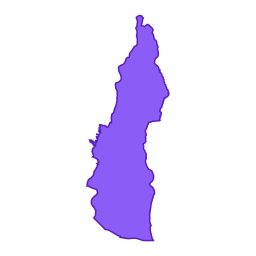 Danciulesti, Gorj, Romania (Albers equal-area conic projection)
{"feature_id": "2599482B88989600544516", "entity_name": "Danciulesti", "entity_type": "district", "adm_level": 2, "iso_a3": "ROU", "parent_name": "Romania", "parent_adm1": "Gorj", "projection": "albers", "projection_center": [23.758, 44.793], "detail": "fine", "context": "isolated", "style": "filled", "palette": "violet", "viewbox_px": 256, "rotation_deg": 0, "n_neighbors": 0, "source": "geoboundaries", "source_scale": "gbopen_adm2", "svg_char_len": 5732}
<svg xmlns="http://www.w3.org/2000/svg" viewBox="0 0 256 256"><path d="M151.9,200.8L152.1,200.8L152.5,198.9L153.1,197.3L153.1,196.4L153.4,195.6L153.7,195.0L154.5,194.0L154.6,192.6L154.3,191.4L154.1,190.0L153.1,187.9L152.1,186.9L150.7,185.8L149.6,184.3L149.6,183.9L149.6,183.7L149.9,183.5L150.8,182.2L151.7,181.8L151.9,181.4L152.6,180.7L152.9,179.8L153.3,179.1L153.7,175.9L152.1,171.4L151.7,171.0L150.4,170.1L149.0,169.4L147.8,168.0L146.6,165.6L145.7,163.1L145.7,162.6L145.4,161.3L145.4,160.5L146.0,159.4L146.3,157.5L146.1,155.7L146.2,153.9L144.7,151.0L144.7,150.4L144.0,149.8L143.4,148.3L143.8,146.7L143.2,144.2L143.4,143.8L144.5,143.1L145.0,142.6L145.8,141.3L145.9,140.9L145.5,139.6L145.8,138.8L145.3,136.7L146.2,135.3L146.3,134.6L145.9,133.6L145.8,132.8L145.3,131.9L145.2,131.0L147.1,127.2L147.1,126.3L147.3,125.7L148.0,124.7L148.9,122.4L150.4,122.4L151.4,121.7L153.1,121.2L154.9,121.2L158.0,120.7L158.2,120.9L159.4,120.8L160.0,120.3L160.1,120.2L159.7,119.8L159.5,119.1L160.1,118.0L160.2,116.8L160.0,116.2L160.6,116.2L160.7,115.6L161.0,115.0L161.3,113.5L161.3,112.4L160.8,112.0L159.8,111.6L159.7,111.4L159.7,111.0L160.2,110.0L160.3,108.6L160.6,108.2L161.4,107.7L161.7,107.4L161.7,105.9L162.0,105.7L162.3,104.5L162.8,103.9L163.1,103.2L163.0,102.5L163.3,101.6L163.3,101.1L163.5,100.6L164.0,100.0L164.0,99.2L164.1,98.5L164.4,98.2L165.0,98.2L165.4,97.7L167.2,96.7L168.4,95.4L168.9,94.2L168.3,93.8L168.8,92.9L168.7,92.5L168.3,92.1L168.3,91.5L168.0,90.4L167.0,89.0L166.4,87.1L165.7,85.8L165.6,84.8L164.8,84.2L164.6,82.8L163.9,81.5L163.8,80.6L163.9,79.6L163.2,78.6L163.2,77.3L161.9,75.5L161.8,74.4L161.3,73.6L160.9,73.2L160.5,72.1L160.2,72.0L160.2,72.4L159.8,72.0L160.0,71.8L159.6,70.9L159.9,70.2L159.3,70.3L159.3,69.9L159.2,69.8L159.0,68.9L158.6,67.8L158.5,67.2L158.0,66.7L157.6,66.5L157.3,66.0L156.6,65.3L154.9,63.9L154.5,63.4L154.6,61.3L155.2,59.0L156.5,57.6L157.6,56.7L158.2,55.5L158.4,54.3L158.1,51.5L157.4,49.3L157.7,48.3L157.8,47.3L158.0,46.9L157.8,46.2L157.3,45.5L157.2,44.9L156.7,43.8L156.7,42.0L155.8,40.3L154.8,39.8L154.3,39.1L153.3,34.6L152.2,33.1L152.5,31.6L153.0,30.6L153.0,29.6L152.4,28.5L151.7,27.7L149.3,25.5L148.9,25.0L147.7,24.4L147.3,24.4L145.8,25.4L144.9,26.5L141.3,25.5L141.7,23.5L142.0,23.0L142.7,19.2L143.3,17.9L142.5,17.5L142.2,17.1L141.9,16.6L142.0,16.2L139.7,15.4L137.3,16.5L136.3,17.4L136.8,19.4L137.3,20.3L137.6,22.2L137.1,23.9L137.0,25.8L136.0,27.7L135.9,28.1L136.0,28.8L136.8,30.3L137.0,31.1L137.1,33.4L136.7,34.6L136.5,35.8L137.2,38.5L137.3,41.3L137.2,42.7L137.3,43.8L137.1,44.4L136.4,45.5L135.1,46.3L134.2,46.7L133.9,47.2L133.8,47.6L133.4,48.3L132.6,49.3L131.9,50.7L130.3,52.2L129.6,53.6L129.5,55.1L129.1,57.2L128.3,57.5L127.3,57.5L126.3,58.4L126.1,58.7L125.7,60.3L124.5,62.8L123.4,64.1L121.3,65.3L120.6,65.3L120.0,65.9L119.2,66.3L118.5,67.3L118.6,69.3L118.8,69.9L118.9,71.4L119.3,72.0L119.9,73.5L120.5,74.6L120.9,75.5L121.1,76.9L121.2,78.5L121.4,79.3L119.5,81.5L117.9,82.3L116.5,82.7L115.7,83.3L115.4,84.2L115.7,87.7L116.2,89.1L117.2,91.2L117.2,91.9L117.0,92.3L117.2,93.1L117.3,96.0L116.9,98.1L117.1,100.4L116.5,103.6L115.4,107.0L114.7,108.5L114.2,110.1L114.0,111.7L113.7,112.3L112.0,114.2L111.6,115.4L111.6,115.8L111.3,117.2L111.4,118.2L111.4,122.8L110.6,122.4L110.1,122.4L109.9,122.7L109.3,124.4L108.1,126.6L107.7,127.1L107.1,127.4L106.6,127.0L105.8,126.0L105.5,125.9L104.9,125.5L103.9,125.7L100.8,124.8L99.6,124.7L99.5,125.2L100.1,125.7L100.3,126.1L100.3,127.2L99.7,127.2L99.8,127.5L99.4,128.0L99.4,128.3L99.2,128.3L99.5,128.8L99.5,129.0L99.4,129.2L99.9,129.3L100.0,129.4L99.7,129.6L99.9,129.9L100.3,129.8L100.7,130.0L100.6,130.3L100.3,130.6L100.3,130.8L98.9,130.6L98.8,130.8L99.0,130.9L98.8,131.1L99.1,131.2L99.1,131.7L99.4,131.9L99.5,132.1L100.5,132.4L99.1,134.4L96.1,134.0L97.9,134.8L98.0,134.9L97.8,134.9L98.7,135.3L98.1,137.1L96.5,136.5L96.4,136.9L97.6,137.5L97.4,137.9L96.8,137.7L96.7,138.0L97.5,138.3L97.6,138.6L97.5,138.8L97.2,138.7L97.1,138.8L97.4,139.7L97.0,140.3L96.7,140.5L96.8,140.8L96.5,141.0L95.8,140.7L95.8,141.2L96.3,141.5L96.1,141.8L96.7,142.1L95.9,142.9L95.0,142.2L93.7,142.0L93.3,141.2L92.1,141.3L91.9,140.4L90.7,140.0L90.4,140.4L89.7,140.3L89.9,140.6L89.7,141.0L90.3,141.6L90.5,142.1L90.8,142.5L92.1,143.0L95.6,145.2L95.5,145.5L93.8,144.5L93.3,144.9L95.0,146.0L92.8,148.6L92.7,148.9L92.4,149.2L92.4,150.6L92.0,151.4L92.3,151.7L92.2,152.0L92.5,152.3L92.6,153.0L93.1,153.9L93.1,154.3L93.5,154.8L93.6,155.2L93.2,156.1L92.6,156.8L93.2,156.8L93.8,157.3L95.0,157.9L95.7,158.1L97.5,159.5L97.8,159.8L97.9,160.2L97.7,160.4L97.9,160.7L98.2,161.7L98.9,162.1L98.2,162.7L97.6,163.3L97.0,163.5L98.2,164.4L97.7,164.6L97.4,164.9L97.2,166.6L97.0,167.0L96.7,167.2L95.6,169.4L94.7,170.5L94.5,171.3L93.9,171.8L94.0,172.6L93.9,173.6L93.2,175.2L93.0,175.8L92.0,176.7L91.7,177.3L91.1,177.9L90.2,178.3L88.6,179.5L87.7,181.8L87.2,183.8L87.1,184.6L87.3,184.8L87.3,185.4L87.1,185.9L87.8,185.6L88.2,186.1L89.1,186.7L90.3,187.0L90.7,187.4L91.5,187.6L93.0,188.4L96.6,189.4L97.1,190.3L97.2,190.8L97.1,191.7L97.6,192.8L97.7,193.1L97.1,193.9L95.6,195.5L95.0,195.8L93.3,197.4L92.2,198.8L91.6,200.1L91.4,201.4L91.4,203.4L91.6,204.1L93.2,206.6L93.5,207.0L94.3,207.1L94.4,207.5L94.3,207.8L94.6,208.9L95.7,210.0L95.6,212.4L95.6,213.3L95.4,215.4L95.1,216.2L94.1,217.5L93.9,218.1L97.5,221.6L105.2,229.5L107.3,229.7L109.2,230.4L118.4,235.8L120.5,236.3L120.1,237.4L127.3,238.5L129.0,238.6L132.4,238.2L135.9,238.2L139.9,239.4L143.0,240.5L146.6,240.6L153.4,240.5L152.2,238.5L151.9,237.6L150.3,230.5L150.2,228.8L150.0,227.8L150.7,226.0L151.1,225.6L150.6,224.1L150.0,223.1L149.6,219.1L149.8,218.8L149.9,217.7L149.7,217.0L149.7,215.7L149.5,215.2L150.1,211.8L150.0,210.5L150.3,210.1L150.2,209.4L150.5,208.9L151.0,205.0L151.0,204.2L151.4,203.3L151.6,201.5L151.9,200.8Z" fill="#8b5cf6" stroke="#5b21b6" stroke-width="1.5"/></svg>